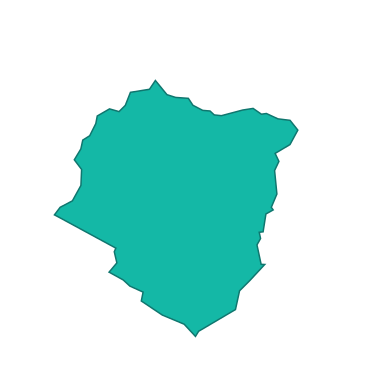 Washington, Georgia, United States of America, rotated 51°
{"feature_id": "52423323B31075170067168", "entity_name": "Washington", "entity_type": "district", "adm_level": 2, "iso_a3": "USA", "parent_name": "United States of America", "parent_adm1": "Georgia", "projection": "mercator", "projection_center": [-82.811, 32.997], "detail": "fine", "context": "isolated", "style": "filled", "palette": "teal", "viewbox_px": 384, "rotation_deg": 51, "n_neighbors": 0, "source": "geoboundaries", "source_scale": "gbopen_adm2", "svg_char_len": 907}
<svg xmlns="http://www.w3.org/2000/svg" viewBox="0 0 384 384"><g transform="rotate(51 192 192)"><path d="M247.0,127.3L227.3,114.3L222.9,105.2L214.3,103.1L216.8,86.0L210.5,70.8L198.0,70.7L189.2,79.2L177.8,84.8L175.2,89.1L165.5,91.9L160.2,101.0L151.2,121.1L146.1,126.2L140.4,127.0L135.3,132.3L125.2,136.7L116.9,135.9L108.2,145.2L100.6,150.2L82.3,150.3L85.4,160.4L75.8,177.1L82.7,189.3L83.6,198.1L75.5,203.8L73.3,217.8L78.3,223.7L83.9,236.1L82.9,244.2L88.6,251.3L92.9,263.2L105.0,263.6L117.0,274.2L123.6,290.5L120.9,304.1L123.2,313.3L126.7,311.8L187.7,286.5L189.5,290.0L199.8,295.0L202.1,306.9L217.1,300.8L226.1,299.5L239.0,293.0L244.8,300.0L269.0,292.5L289.8,281.3L306.4,280.2L304.4,274.5L310.7,232.2L298.7,217.2L297.2,202.8L294.1,181.1L291.7,183.8L274.0,174.8L271.3,168.0L265.6,165.1L267.7,161.8L255.6,148.4L257.0,140.2L253.8,140.0L247.0,127.3Z" fill="#14b8a6" stroke="#0f766e" stroke-width="1.5"/></g></svg>